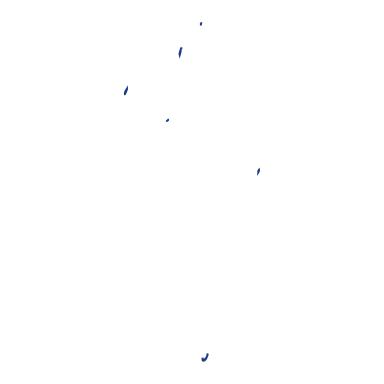 an SVG outline of Lakshadweep
{"feature_id": "IND-2443", "entity_name": "Lakshadweep", "entity_type": "Union Territory", "adm_level": 1, "iso_a3": "IND", "parent_name": "India", "parent_adm1": "", "projection": "robinson", "projection_center": [72.975, 9.972], "detail": "coarse", "context": "isolated", "style": "filled", "palette": "blue", "viewbox_px": 384, "rotation_deg": 0, "n_neighbors": 0, "source": "natural_earth", "source_scale": "10m", "svg_char_len": 715}
<svg xmlns="http://www.w3.org/2000/svg" viewBox="0 0 384 384"><path d="M207.3,354.1L207.7,354.1L207.9,354.8L206.3,358.8L205.4,359.9L204.3,360.7L203.2,361.0L202.4,360.3L202.3,358.4L202.9,358.4L202.9,359.9L204.7,359.1L206.0,357.8L206.9,356.2L207.3,354.1ZM124.7,95.0L124.7,92.9L125.3,90.9L127.2,87.9L127.2,89.3L126.1,92.2L124.7,95.0ZM181.0,48.0L181.6,48.0L181.6,48.5L181.0,49.4L180.6,52.7L179.7,55.8L179.3,54.1L179.6,52.1L181.0,48.0ZM259.3,170.3L258.8,171.9L258.0,173.2L258.1,171.0L258.5,170.1L259.1,169.3L259.3,170.3ZM168.3,120.2L167.2,121.0L166.2,121.5L168.2,119.5L168.3,119.6L168.3,120.2ZM201.4,23.0L201.2,24.3L200.7,25.4L200.6,23.6L200.9,23.1L201.4,23.0Z" fill="#3b82f6" stroke="#1e3a8a" stroke-width="1.5"/></svg>